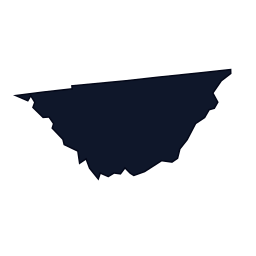 Clay, North Carolina, United States of America (Equal Earth projection), rotated 174°
{"feature_id": "52423323B90263119803595", "entity_name": "Clay", "entity_type": "district", "adm_level": 2, "iso_a3": "USA", "parent_name": "United States of America", "parent_adm1": "North Carolina", "projection": "equal_earth", "projection_center": [-83.73, 35.074], "detail": "fine", "context": "isolated", "style": "filled", "palette": "ink", "viewbox_px": 256, "rotation_deg": 174, "n_neighbors": 0, "source": "geoboundaries", "source_scale": "gbopen_adm2", "svg_char_len": 692}
<svg xmlns="http://www.w3.org/2000/svg" viewBox="0 0 256 256"><g transform="rotate(174 128 128)"><path d="M208.7,172.6L236.2,172.0L224.8,165.6L221.3,170.3L218.0,163.3L220.4,158.4L211.3,147.4L205.4,147.2L201.5,140.1L203.4,135.8L193.9,123.5L193.2,118.2L180.3,110.3L179.8,98.0L172.9,101.7L170.4,92.0L162.9,80.4L160.3,86.1L152.7,81.8L146.6,84.7L140.3,83.2L135.2,88.7L130.5,82.8L127.2,80.2L116.1,82.9L98.0,92.0L87.8,89.5L81.9,92.7L78.6,101.8L70.4,110.2L60.3,125.4L50.7,130.4L45.4,137.7L40.1,138.6L36.0,144.3L40.0,153.9L30.3,165.2L20.1,171.5L19.8,175.4L48.2,175.3L48.3,175.3L91.9,175.4L125.6,175.2L179.4,175.8L179.4,172.8L208.7,172.6Z" fill="#0f172a" stroke="#020617" stroke-width="1.5"/></g></svg>